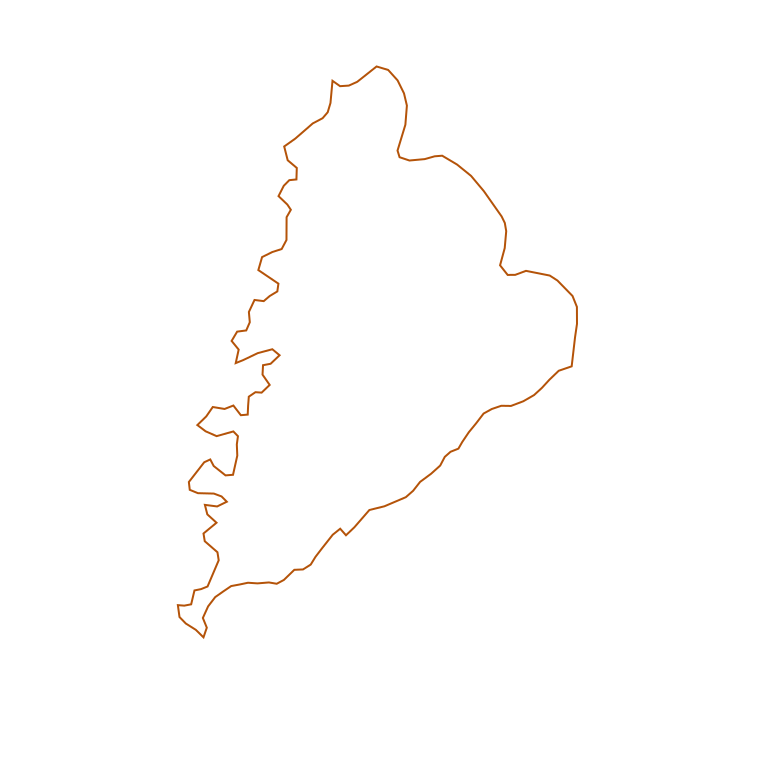 outline of Porto Vitória, Paraná, Brazil, rotated 19°
{"feature_id": "56859067B38089005339285", "entity_name": "Porto Vitória", "entity_type": "district", "adm_level": 2, "iso_a3": "BRA", "parent_name": "Brazil", "parent_adm1": "Paraná", "projection": "equal_earth", "projection_center": [-51.239, -26.241], "detail": "fine", "context": "isolated", "style": "outline", "palette": "amber", "viewbox_px": 768, "rotation_deg": 19, "n_neighbors": 0, "source": "geoboundaries", "source_scale": "gbopen_adm2", "svg_char_len": 2130}
<svg xmlns="http://www.w3.org/2000/svg" viewBox="0 0 768 768"><g transform="rotate(19 384 384)"><path d="M225.9,392.9L235.4,398.8L237.0,412.5L242.9,407.4L254.6,395.9L267.1,387.5L275.9,390.8L270.2,401.8L263.5,405.6L266.1,414.7L276.2,422.1L271.1,432.0L265.1,433.6L260.3,440.0L262.6,448.8L265.1,457.3L258.8,460.1L248.6,453.4L241.4,459.5L229.6,461.5L226.5,472.5L220.9,483.6L230.7,486.8L242.7,487.8L257.0,477.9L262.9,480.9L264.5,489.0L268.6,499.5L270.8,519.0L263.9,522.0L249.7,517.0L244.3,511.9L239.5,516.5L231.4,540.2L234.8,547.3L243.6,547.8L258.8,543.0L267.0,543.2L273.7,546.5L266.1,554.1L254.0,556.6L259.4,564.8L270.8,569.7L262.0,584.1L265.7,591.0L281.3,597.3L285.1,604.5L283.1,632.9L277.8,637.5L272.0,640.9L273.4,655.1L267.3,658.6L261.1,660.2L266.5,670.9L274.6,675.0L286.1,677.7L295.8,682.3L295.8,672.1L288.9,664.2L290.1,651.5L293.8,640.4L299.6,632.4L305.3,624.8L312.9,620.5L320.1,616.2L329.3,613.7L339.8,609.1L347.6,607.8L353.1,601.9L359.7,588.9L367.8,585.7L373.5,578.6L375.5,569.7L378.9,559.5L384.6,543.2L389.7,535.1L397.3,539.4L402.6,529.2L411.2,507.9L424.2,499.5L441.5,483.9L446.3,475.5L450.0,464.8L457.7,453.6L463.7,442.8L465.2,433.1L469.0,426.4L475.4,420.9L476.9,413.2L479.9,402.0L483.9,391.2L487.8,379.5L494.0,372.6L502.0,366.4L511.2,363.4L521.3,355.0L529.5,345.6L534.6,336.2L539.0,326.1L544.9,314.6L555.7,306.2L549.4,277.5L546.9,264.3L541.3,248.3L533.6,239.4L514.3,229.7L505.4,227.5L481.4,230.8L472.5,238.1L465.4,240.6L455.1,234.0L453.9,216.2L449.8,199.7L445.8,192.4L440.7,187.3L415.7,169.2L398.6,158.9L381.6,152.7L364.7,149.2L357.8,152.2L349.3,158.1L335.3,164.4L324.9,164.5L320.8,158.9L319.8,131.9L315.0,113.3L308.3,102.7L298.0,92.5L285.7,85.7L273.6,86.2L260.3,107.0L253.6,113.3L245.5,116.7L236.6,114.1L241.9,135.7L242.3,145.4L239.4,152.7L231.8,160.8L220.2,180.9L212.3,191.9L220.1,203.8L231.2,208.1L234.6,219.1L228.1,222.1L224.7,229.2L223.1,240.7L234.2,245.8L239.2,249.6L237.6,258.0L244.9,279.6L243.3,289.7L235.4,295.6L227.4,303.7L228.1,317.2L251.5,323.5L253.0,331.2L247.3,338.0L243.3,344.8L234.2,346.7L232.8,359.9L237.0,369.3L236.3,378.2L228.1,382.3L225.9,392.9Z" fill="none" stroke="#b45309" stroke-width="2"/></g></svg>